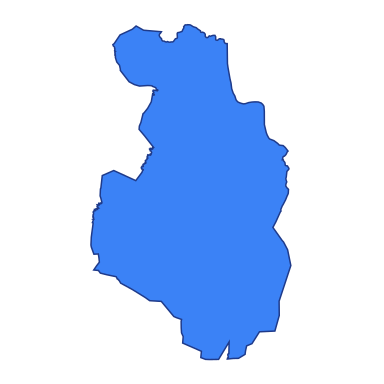 outline of Apayao, Apayao, Philippines, rotated 181°
{"feature_id": "2640588B24165862747597", "entity_name": "Apayao", "entity_type": "district", "adm_level": 2, "iso_a3": "PHL", "parent_name": "Philippines", "parent_adm1": "Apayao", "projection": "albers", "projection_center": [121.354, 18.09], "detail": "fine", "context": "isolated", "style": "filled", "palette": "blue", "viewbox_px": 384, "rotation_deg": 181, "n_neighbors": 0, "source": "geoboundaries", "source_scale": "gbopen_adm2", "svg_char_len": 5943}
<svg xmlns="http://www.w3.org/2000/svg" viewBox="0 0 384 384"><g transform="rotate(181 192 192)"><path d="M159.4,341.0L160.7,341.0L161.3,341.2L161.8,341.6L162.5,342.8L162.6,344.3L163.0,345.0L164.5,345.4L165.8,345.4L166.0,345.7L167.1,345.7L168.2,345.1L168.9,344.3L169.4,344.1L170.6,344.3L171.0,345.0L171.0,347.6L171.8,349.0L173.7,349.0L175.0,348.5L175.3,348.5L176.2,348.0L177.4,348.4L177.7,348.2L178.6,347.0L179.4,346.6L180.3,346.7L180.9,347.2L181.4,347.8L181.5,348.5L181.5,349.7L181.8,350.4L182.7,351.4L184.2,352.0L185.1,351.8L186.0,351.9L186.2,352.3L186.4,353.4L187.3,353.8L187.7,354.2L189.2,355.1L190.2,356.0L190.7,356.4L193.7,357.3L195.8,358.6L196.9,359.1L199.4,359.2L199.8,359.0L201.7,359.0L202.4,358.2L203.2,357.1L203.0,356.7L203.1,355.9L204.2,353.8L204.5,352.9L204.9,352.3L206.4,351.8L207.4,351.4L209.0,351.1L209.5,350.5L209.6,349.9L209.3,346.1L209.5,345.7L209.8,345.4L211.3,344.9L213.1,342.3L213.9,341.7L215.7,341.7L216.3,341.4L217.6,341.4L219.2,342.0L219.7,341.7L220.3,341.5L221.4,341.8L222.5,342.4L223.7,342.4L224.3,342.7L225.0,343.7L225.0,344.4L225.4,345.1L226.0,345.5L227.0,346.7L227.5,347.9L227.5,348.5L227.1,349.5L226.3,350.2L225.4,351.7L243.2,352.9L250.8,357.0L254.5,353.7L266.7,347.8L272.4,339.0L273.7,338.0L273.2,336.6L272.6,336.2L272.1,335.7L271.9,335.2L272.0,334.6L271.6,333.9L271.7,333.5L271.6,332.9L271.9,331.8L271.7,331.4L271.3,331.5L271.0,331.3L271.3,331.1L271.3,330.5L271.6,330.0L271.6,329.6L271.2,329.0L271.1,328.4L271.4,328.2L271.5,327.7L271.4,327.3L270.9,326.8L271.0,325.6L270.8,324.6L269.5,320.7L266.7,317.4L265.8,313.7L265.8,312.3L256.8,301.1L251.5,298.4L246.4,297.0L238.1,297.7L234.7,297.6L233.4,297.2L233.3,296.9L230.5,295.9L229.8,295.3L229.5,294.0L228.9,293.6L228.2,293.6L228.0,293.4L228.0,293.0L228.4,292.6L232.3,293.2L232.6,293.1L232.8,292.6L232.8,291.9L232.2,291.6L231.9,291.0L232.0,290.3L232.4,290.1L232.4,289.5L231.5,288.7L231.4,288.5L231.8,288.2L232.3,288.2L233.1,289.1L234.3,281.4L237.8,274.9L241.3,270.3L242.3,269.5L244.3,260.7L245.8,257.0L246.0,253.7L240.4,247.3L231.1,235.8L231.6,235.5L232.1,235.9L232.3,235.3L232.0,234.5L232.3,234.2L232.6,234.2L232.6,234.6L232.9,234.9L233.5,234.7L234.3,234.9L234.3,234.4L233.7,234.3L233.6,234.1L233.9,233.6L234.2,233.7L234.8,234.4L235.2,234.3L235.1,233.6L234.3,233.2L234.4,232.4L233.7,232.2L233.0,230.8L233.1,230.4L233.5,229.9L233.4,229.3L233.7,228.9L234.3,229.1L234.3,228.8L234.0,228.3L234.4,228.0L235.5,228.4L235.9,228.3L236.4,227.9L236.6,228.4L236.8,228.5L237.0,228.3L237.0,227.8L236.7,227.4L237.4,226.8L237.5,226.0L237.4,225.6L237.0,225.5L236.7,225.2L236.9,224.9L237.6,224.6L237.6,223.7L239.0,222.8L239.3,222.2L238.8,221.5L239.0,220.6L239.0,220.4L238.7,220.4L238.7,220.1L239.0,219.9L239.2,220.2L239.7,220.2L240.1,219.8L240.1,219.2L240.4,219.1L240.9,219.1L241.3,218.9L241.5,218.4L241.2,218.0L241.6,217.4L241.2,216.7L241.5,216.5L241.8,216.5L242.5,216.7L242.7,216.0L243.1,215.8L243.1,215.2L242.7,214.1L241.8,214.0L241.1,213.4L241.1,213.2L241.8,212.6L242.3,210.9L248.4,202.4L270.6,212.1L282.0,206.9L283.2,194.3L283.6,193.5L283.8,186.5L282.9,183.8L281.9,179.9L282.0,179.4L282.1,179.2L282.4,178.9L282.9,179.1L283.4,179.1L283.3,178.9L283.5,178.7L283.5,179.0L283.7,178.9L283.8,179.1L283.8,178.8L284.3,178.9L284.2,179.1L284.5,179.0L284.4,178.8L284.8,178.9L284.8,178.6L285.0,178.8L285.1,178.2L285.3,178.3L285.4,178.0L285.2,177.8L286.0,177.6L285.9,177.5L285.7,177.3L285.9,177.3L285.9,177.1L286.5,177.3L286.4,177.1L286.4,176.9L286.8,176.9L286.6,176.8L286.5,176.5L286.5,176.2L286.7,175.8L286.6,175.6L286.3,175.7L286.2,175.6L286.2,175.2L285.9,174.8L285.8,174.5L285.6,174.6L285.6,174.2L285.9,174.1L285.5,174.0L285.9,173.8L285.6,173.8L285.8,173.6L285.6,173.4L285.8,173.6L286.1,173.4L286.3,173.5L286.3,173.1L286.5,173.2L286.7,173.3L286.9,173.3L286.8,173.6L287.6,173.0L287.9,173.0L287.9,172.9L288.0,173.0L288.1,172.8L288.3,172.9L288.4,172.7L288.2,172.7L288.3,172.2L288.5,172.3L288.6,172.0L288.8,172.2L288.8,171.9L288.9,172.2L289.1,171.9L289.2,172.0L289.2,171.9L289.5,172.0L289.7,171.5L289.5,171.3L289.8,171.2L290.1,170.7L290.4,170.5L290.5,170.2L290.3,170.1L290.0,169.5L290.2,167.6L290.4,167.6L290.4,167.2L290.6,167.0L290.5,166.5L290.3,165.9L290.5,165.7L290.3,165.5L290.4,165.2L290.6,165.1L290.5,164.9L290.1,164.8L290.0,164.7L290.1,164.1L289.7,163.1L290.5,162.9L290.0,162.6L291.1,159.6L290.3,159.2L291.9,145.1L292.1,137.2L291.7,135.2L289.0,128.1L284.6,128.4L283.9,124.6L283.4,120.2L286.0,116.7L288.9,112.3L284.2,111.9L282.2,109.3L275.8,107.8L266.4,106.0L265.8,105.1L265.3,103.8L265.1,103.7L264.8,103.8L263.7,102.5L263.4,102.4L261.7,99.6L250.2,93.6L237.4,86.0L232.4,82.6L220.8,82.1L208.0,67.2L205.4,66.1L200.2,64.4L200.6,62.5L200.4,56.0L200.0,51.0L198.3,47.3L198.7,40.8L179.8,32.9L180.3,26.6L175.6,24.9L171.4,24.8L162.5,25.1L152.3,42.7L152.3,31.0L152.9,30.9L153.4,29.8L152.9,28.1L152.9,27.8L153.1,27.3L152.8,26.9L153.0,26.7L153.2,26.8L153.6,26.6L153.8,25.6L147.8,26.3L142.6,26.5L136.1,30.6L135.7,34.1L134.7,39.1L129.4,41.4L122.1,53.4L106.7,54.4L102.6,70.1L103.0,84.4L91.9,120.2L95.4,135.9L99.6,143.6L101.1,145.2L110.5,158.0L107.6,163.7L103.4,173.5L102.7,174.4L102.9,176.1L101.5,179.7L100.7,181.0L98.3,185.8L96.9,189.5L96.0,191.5L95.7,192.5L95.6,195.7L95.5,196.0L96.2,197.1L96.6,197.2L98.3,199.5L98.3,201.2L97.8,203.0L97.4,203.7L98.1,205.5L98.4,207.1L98.0,208.7L97.5,214.2L95.6,216.4L95.5,217.3L97.1,219.8L97.8,219.8L98.6,220.0L99.2,220.4L99.6,223.0L99.9,223.5L101.2,225.0L101.2,225.6L101.6,226.2L102.2,226.0L101.8,227.8L101.8,228.2L101.5,228.8L101.1,229.2L100.6,229.4L100.3,229.4L99.0,230.7L98.3,231.8L97.6,233.6L96.7,234.6L99.6,238.2L101.7,240.0L105.5,240.4L107.2,242.1L111.0,244.8L115.4,246.4L116.3,247.5L117.8,250.2L118.8,252.7L120.8,260.6L121.1,274.1L121.6,279.0L122.8,280.8L124.4,282.2L127.4,283.2L130.7,283.2L133.5,283.0L136.9,282.4L140.0,281.3L141.9,281.0L143.9,281.4L146.1,282.1L147.8,282.9L149.1,284.3L149.7,285.3L150.8,288.7L152.5,291.5L154.1,295.9L154.9,301.6L156.0,305.9L158.2,317.2L158.8,321.0L159.4,341.0Z" fill="#3b82f6" stroke="#1e3a8a" stroke-width="1.5"/></g></svg>